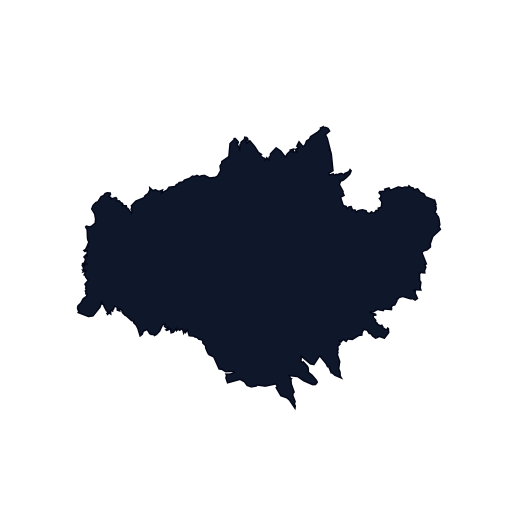 San Gabriel, Jalisco, Mexico (Equal Earth projection), rotated 138°
{"feature_id": "50627088B86514421558272", "entity_name": "San Gabriel", "entity_type": "district", "adm_level": 2, "iso_a3": "MEX", "parent_name": "Mexico", "parent_adm1": "Jalisco", "projection": "equal_earth", "projection_center": [-103.749, 19.704], "detail": "fine", "context": "isolated", "style": "filled", "palette": "ink", "viewbox_px": 512, "rotation_deg": 138, "n_neighbors": 0, "source": "geoboundaries", "source_scale": "gbopen_adm2", "svg_char_len": 6136}
<svg xmlns="http://www.w3.org/2000/svg" viewBox="0 0 512 512"><g transform="rotate(138 256 256)"><path d="M362.0,180.8L350.4,175.0L348.7,170.1L349.2,165.8L347.1,161.9L342.8,159.2L341.4,159.3L336.2,153.1L327.0,147.8L327.1,144.9L329.1,144.7L331.0,135.5L327.9,129.9L327.5,126.5L328.9,116.8L327.0,118.4L326.6,120.3L324.3,121.7L322.0,127.7L320.5,129.1L318.7,129.4L315.5,137.2L312.6,141.0L311.8,141.0L312.2,142.0L311.5,145.1L305.7,138.5L304.0,131.3L300.0,122.5L297.8,120.7L294.9,121.2L294.3,123.1L294.1,129.9L294.9,134.5L292.2,137.8L291.6,139.6L291.7,145.7L292.7,145.8L293.0,147.8L289.4,151.1L287.7,139.3L285.6,136.6L275.8,139.2L275.5,138.3L275.9,129.1L276.9,125.9L276.0,125.0L278.3,118.8L277.5,118.3L277.2,114.7L274.2,108.2L273.8,110.3L271.2,113.6L269.9,117.0L264.4,121.6L261.5,128.4L259.8,129.3L258.6,131.5L257.8,131.3L255.6,134.3L252.6,134.2L250.7,137.1L250.3,135.3L247.2,135.7L246.1,132.2L243.4,133.0L240.2,129.5L232.8,128.2L230.3,126.4L228.2,128.3L225.1,129.4L223.0,126.5L223.7,122.7L222.6,121.7L222.9,118.6L222.1,114.9L218.1,113.6L215.6,109.0L208.7,110.3L206.2,113.5L206.4,114.3L207.8,113.7L209.4,115.1L209.1,115.7L209.9,118.4L209.1,118.6L208.8,120.4L210.0,120.7L211.4,123.6L210.9,125.1L211.5,126.7L210.0,128.2L210.0,132.3L208.2,133.2L206.6,131.9L206.1,132.6L207.3,135.0L209.3,136.7L208.6,137.9L205.6,135.9L201.5,135.0L198.0,130.3L196.1,130.8L191.2,125.5L190.4,126.1L190.3,127.1L187.6,128.0L185.7,126.8L181.2,128.4L180.3,129.8L179.3,129.1L177.4,129.5L173.9,127.6L169.9,120.9L167.9,119.1L167.3,116.8L164.4,116.4L162.6,122.1L161.1,123.2L161.6,124.8L160.6,124.8L156.2,120.4L155.3,122.5L151.1,126.1L150.7,128.4L146.5,133.2L144.0,133.6L143.8,132.5L141.9,130.5L140.6,132.3L137.3,134.0L136.4,136.7L134.7,136.1L130.4,147.6L128.1,147.7L124.8,146.1L120.3,146.0L118.1,148.6L111.6,152.2L101.1,152.4L100.4,155.5L98.5,156.2L95.0,161.5L94.3,163.2L94.3,165.6L93.6,166.5L94.1,168.5L90.5,170.4L89.2,172.4L89.4,173.4L87.8,173.7L86.0,177.7L86.8,177.4L86.7,179.3L90.4,186.5L89.6,189.9L91.3,193.3L90.9,197.8L94.2,199.5L93.7,201.3L95.1,203.5L95.4,205.9L97.0,205.3L99.2,207.6L101.6,208.6L104.0,212.1L112.1,214.9L111.6,217.6L115.6,219.5L116.0,218.1L117.6,218.5L121.0,221.1L122.3,220.6L122.3,217.6L124.3,216.0L125.8,216.2L126.3,212.0L129.1,209.4L130.8,208.5L133.1,209.8L134.6,208.0L136.3,209.5L139.7,208.7L140.7,211.7L142.4,211.4L143.8,212.5L144.6,214.1L143.9,215.9L146.0,219.2L149.8,221.4L152.1,221.2L151.6,223.9L153.6,225.5L152.2,229.1L154.2,230.3L156.6,230.2L155.8,232.5L157.4,235.1L153.9,243.1L150.0,242.1L149.1,244.8L148.1,245.7L146.3,253.3L143.1,255.0L140.5,254.0L136.4,253.8L131.5,254.1L128.3,255.6L128.3,257.3L130.6,256.5L134.9,258.0L136.0,257.3L137.4,260.4L139.6,261.5L140.2,261.0L141.8,263.1L144.0,263.6L143.6,265.4L147.3,267.0L146.5,268.9L141.7,267.9L131.8,281.4L130.6,283.7L130.5,285.4L130.1,284.9L129.6,285.7L124.3,295.8L123.3,299.7L117.7,299.6L117.1,302.6L118.2,305.0L120.4,306.9L119.9,307.2L122.5,308.0L123.2,306.9L127.1,306.8L135.6,308.2L138.1,307.0L141.4,307.7L145.1,305.8L147.4,305.7L147.9,305.9L147.6,312.1L152.2,310.3L151.8,307.8L155.5,308.8L155.9,306.2L159.1,308.5L156.5,310.3L159.7,311.8L159.9,311.0L164.1,311.0L168.0,309.9L167.4,317.4L168.7,322.9L177.0,322.2L178.5,320.5L180.1,320.6L182.3,318.7L182.3,321.9L185.1,321.1L184.4,323.2L185.3,324.6L185.3,328.3L184.0,328.0L184.9,331.3L183.7,338.4L183.5,345.8L187.5,346.1L186.6,348.2L184.7,347.2L183.6,349.0L183.7,350.4L184.9,351.8L186.6,350.4L190.6,350.6L191.3,350.3L191.1,349.4L193.2,349.5L196.8,346.2L194.7,352.8L193.4,351.9L192.8,352.9L192.8,357.2L193.7,357.9L194.3,357.1L200.1,356.9L209.7,348.0L218.2,349.1L219.6,347.7L222.5,347.0L225.1,343.1L231.0,341.1L233.6,341.7L238.2,345.0L240.4,350.4L243.1,352.3L244.7,352.5L246.0,355.5L248.3,356.1L249.8,357.9L253.1,358.1L258.4,360.3L260.7,359.9L264.1,362.1L265.4,361.6L267.4,362.4L269.3,361.6L274.6,365.3L278.0,364.5L284.0,366.0L281.3,367.6L284.3,368.7L285.5,370.0L286.4,372.5L288.9,373.6L289.3,377.8L290.6,376.1L294.4,374.6L297.9,375.1L300.2,374.2L308.5,377.2L315.1,376.7L315.2,375.6L317.5,374.3L318.0,372.3L320.0,371.2L319.4,376.8L319.9,378.5L318.8,380.1L321.7,383.1L321.2,383.8L320.5,383.3L320.0,384.5L320.9,386.3L320.6,388.3L322.6,390.1L321.1,391.8L321.0,393.2L325.6,395.4L324.7,396.7L325.8,398.4L322.8,399.2L322.2,400.4L324.3,402.6L326.4,403.4L328.9,402.8L331.3,403.8L337.1,402.1L339.4,402.9L343.2,402.6L346.6,400.9L347.7,395.2L350.5,390.8L353.5,388.0L358.5,388.2L360.5,389.3L362.0,391.7L363.2,391.6L363.8,388.6L369.4,381.9L370.5,379.9L370.6,378.4L374.3,376.6L374.3,375.1L375.5,376.0L378.4,374.9L380.2,375.3L380.2,373.9L377.8,373.1L381.4,369.1L381.5,370.6L384.5,370.4L384.7,367.7L388.5,365.6L387.2,363.3L388.9,364.3L389.0,366.0L389.7,366.3L389.8,363.4L391.0,364.5L390.8,365.7L391.5,365.3L391.6,363.8L393.3,361.4L393.1,360.1L394.3,361.4L394.4,360.2L395.2,359.9L392.6,358.5L396.4,357.0L395.8,355.8L396.6,354.4L397.0,350.1L402.0,349.5L402.6,347.1L404.2,346.0L404.1,344.7L406.3,344.2L406.4,343.1L407.8,341.8L406.9,340.5L409.1,339.4L412.9,339.9L417.7,338.2L421.6,338.1L423.4,336.8L424.4,335.0L423.9,333.9L426.0,333.0L420.9,323.0L417.2,320.6L406.1,322.4L400.6,325.7L402.4,323.1L401.5,321.7L402.4,320.8L403.8,315.4L403.2,313.3L405.2,313.1L405.4,311.9L403.3,312.1L402.8,310.1L400.9,312.5L400.1,312.5L399.5,311.2L398.8,312.6L397.3,312.4L397.4,311.9L394.8,313.4L393.4,310.8L395.3,308.6L394.0,306.3L392.9,308.0L391.8,306.0L393.1,303.2L393.0,299.6L392.4,298.5L391.7,291.3L390.6,289.5L391.5,288.2L391.3,285.0L392.2,281.3L395.6,274.1L392.9,274.0L390.1,275.5L386.0,274.2L386.9,269.6L386.5,268.0L384.4,265.9L384.7,264.9L382.6,264.3L377.8,264.7L372.0,267.2L369.2,266.8L369.2,265.7L371.1,265.0L370.7,262.4L369.2,261.7L370.9,260.7L372.3,261.3L372.1,260.5L368.3,259.0L370.5,255.7L368.4,254.7L363.9,255.5L365.0,253.7L362.9,253.7L362.4,251.9L359.9,251.7L360.1,249.5L361.4,247.0L358.6,248.0L359.4,246.3L356.3,246.8L359.0,241.5L355.7,237.9L355.7,236.9L354.2,234.7L354.2,232.4L352.4,230.1L352.4,228.4L353.7,227.0L353.5,223.0L354.9,221.3L356.7,216.2L356.9,214.0L354.9,209.3L359.0,196.7L357.1,194.5L356.0,190.4L351.0,186.2L349.8,184.4L350.9,184.0L354.2,185.5L357.4,188.3L357.8,186.9L359.9,185.6L362.0,180.8Z" fill="#0f172a" stroke="#020617" stroke-width="1.5"/></g></svg>